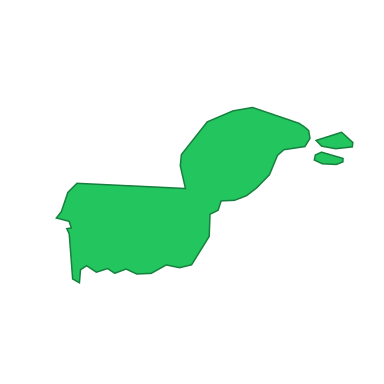 Sindo, North Korea (Albers equal-area conic projection), rotated 42°
{"feature_id": "82179303B2981535202544", "entity_name": "Sindo", "entity_type": "district", "adm_level": 2, "iso_a3": "PRK", "parent_name": "North Korea", "parent_adm1": "", "projection": "albers", "projection_center": [124.262, 39.858], "detail": "fine", "context": "isolated", "style": "filled", "palette": "green", "viewbox_px": 384, "rotation_deg": 42, "n_neighbors": 0, "source": "geoboundaries", "source_scale": "gbopen_adm2", "svg_char_len": 846}
<svg xmlns="http://www.w3.org/2000/svg" viewBox="0 0 384 384"><g transform="rotate(42 192 192)"><path d="M194.5,293.4L205.8,289.9L216.1,279.8L221.7,263.4L233.4,256.6L240.4,246.4L234.5,213.5L220.3,196.5L223.6,188.1L219.6,179.1L229.1,169.8L235.0,158.2L237.3,145.7L238.0,127.3L231.0,107.6L232.0,99.1L245.5,82.7L243.8,73.2L237.6,68.3L232.3,68.4L225.7,69.3L180.4,88.7L168.2,104.2L156.4,129.6L159.1,171.3L165.7,180.3L184.8,193.8L100.7,262.5L100.0,275.3L108.0,293.9L108.6,302.1L120.3,296.0L126.4,299.5L123.5,303.0L128.8,305.3L161.5,336.5L169.1,334.8L161.2,324.4L163.0,317.3L174.6,315.6L180.5,305.4L189.0,304.1L194.5,293.4ZM269.8,63.7L281.0,51.2L278.4,47.6L263.2,47.5L249.7,70.6L257.7,71.2L269.8,63.7ZM270.0,83.8L280.8,75.0L284.0,68.7L281.8,66.0L261.6,75.7L258.9,81.9L261.5,86.4L270.0,83.8Z" fill="#22c55e" stroke="#15803d" stroke-width="1.5"/></g></svg>